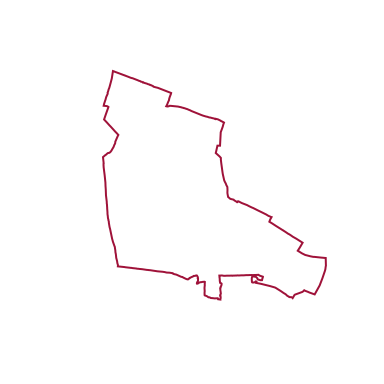 Cordareni, Botosani, Romania, rotated 157°
{"feature_id": "2599482B43153830324809", "entity_name": "Cordareni", "entity_type": "district", "adm_level": 2, "iso_a3": "ROU", "parent_name": "Romania", "parent_adm1": "Botosani", "projection": "mercator", "projection_center": [26.59, 47.999], "detail": "fine", "context": "isolated", "style": "outline", "palette": "rose", "viewbox_px": 384, "rotation_deg": 157, "n_neighbors": 0, "source": "geoboundaries", "source_scale": "gbopen_adm2", "svg_char_len": 5917}
<svg xmlns="http://www.w3.org/2000/svg" viewBox="0 0 384 384"><g transform="rotate(157 192 192)"><path d="M239.6,305.9L237.4,304.7L236.3,303.9L235.7,302.9L241.2,296.9L244.6,293.1L243.2,289.3L241.9,285.5L241.3,284.0L239.8,279.7L239.2,277.9L238.3,275.6L237.5,273.3L238.4,272.6L242.7,268.5L243.0,268.2L243.6,267.0L244.3,266.3L244.9,265.9L246.6,264.1L248.1,263.0L249.3,262.1L249.9,261.6L251.5,260.7L252.1,260.5L253.1,260.4L254.0,260.7L255.1,260.5L256.3,260.0L257.5,259.8L259.0,259.3L260.3,258.9L261.5,254.9L262.0,253.3L262.2,252.7L262.4,252.6L262.8,251.6L263.1,250.9L263.2,250.5L263.6,249.5L265.9,241.4L268.0,234.6L269.3,231.2L270.4,228.0L272.5,222.5L273.8,218.0L274.3,216.3L274.9,214.8L275.1,213.9L276.1,211.1L276.3,210.4L276.7,209.6L276.8,209.1L277.8,206.2L278.3,205.0L278.7,203.7L278.9,202.7L279.2,202.0L279.7,200.1L279.7,199.4L280.0,198.6L280.1,197.4L280.6,196.0L281.6,191.8L281.8,190.2L283.8,180.2L284.0,178.6L284.2,177.3L284.5,172.7L284.5,171.6L284.9,170.3L285.4,168.2L286.0,166.5L286.4,164.5L286.7,163.5L287.5,160.9L287.7,159.4L288.0,157.5L288.5,155.7L288.7,153.8L289.0,153.0L289.3,152.5L283.5,149.3L282.6,148.7L278.0,146.1L277.4,145.8L276.5,145.2L273.1,143.3L272.5,142.8L271.6,142.4L270.6,141.8L268.0,140.4L266.2,139.3L263.6,137.7L262.9,137.4L262.0,136.8L261.5,136.6L260.8,136.2L260.0,135.7L254.8,132.5L250.3,130.1L248.5,129.0L246.9,127.8L244.4,126.6L243.4,126.0L241.9,125.0L241.6,124.9L241.4,124.7L241.4,124.3L241.3,124.1L240.4,123.3L238.6,122.0L236.7,119.9L235.2,118.3L234.9,118.0L234.0,117.5L233.4,116.5L232.6,115.7L231.9,114.8L230.9,113.8L230.4,113.6L230.1,113.2L229.9,113.1L228.5,113.4L228.3,113.6L227.9,113.8L227.6,113.6L227.0,113.8L226.5,113.8L225.8,113.9L224.4,113.8L223.3,114.1L222.8,113.9L221.9,113.6L220.8,113.6L220.2,113.3L220.1,113.2L219.9,111.3L220.4,110.4L220.2,110.2L220.4,109.6L220.8,108.8L221.2,107.9L221.5,107.6L222.4,107.0L222.9,106.5L223.3,105.8L223.3,105.7L223.2,105.6L222.4,105.5L221.9,105.5L220.8,105.8L220.2,105.8L219.5,105.6L219.2,105.6L218.8,105.4L217.7,105.2L215.7,104.6L215.3,104.2L216.4,102.0L216.6,101.3L216.9,100.8L217.0,100.6L217.5,99.7L218.0,98.8L219.1,95.7L219.8,94.4L220.5,92.7L220.7,92.1L220.7,91.9L219.2,90.5L218.6,89.7L218.1,88.8L217.8,88.5L217.0,88.2L216.8,88.0L216.4,87.4L216.0,87.0L214.4,86.2L212.7,85.2L210.0,84.2L209.7,83.9L209.9,83.1L207.9,81.9L207.7,82.4L207.1,83.1L206.8,83.8L206.4,85.1L206.7,85.3L206.7,85.5L206.3,86.2L205.4,86.9L205.2,87.1L205.1,87.5L204.8,88.4L204.1,91.1L203.8,91.6L203.8,92.1L203.7,92.3L203.3,92.8L203.0,92.8L202.9,92.9L202.8,93.2L202.7,93.5L201.9,94.1L201.7,94.3L201.2,94.9L200.6,95.9L200.6,96.2L200.8,96.6L201.6,97.3L201.6,97.6L201.4,98.1L201.2,99.2L200.3,101.6L200.1,102.5L199.9,103.1L199.7,103.2L199.6,103.9L199.6,104.2L199.5,104.4L199.1,104.2L197.1,103.5L195.4,102.4L194.2,101.9L192.4,101.3L190.8,100.6L187.8,99.4L187.7,99.2L187.2,99.1L185.1,98.3L183.7,97.7L183.1,97.6L181.1,96.7L179.1,96.0L177.0,95.1L174.9,94.4L170.9,92.8L169.6,92.3L168.8,91.9L164.4,90.2L163.3,89.9L162.8,89.2L162.2,88.4L159.8,86.3L159.8,86.2L161.2,84.6L162.0,83.5L163.3,84.0L165.4,85.6L165.6,85.9L165.6,87.1L166.1,88.5L166.3,88.9L166.9,89.3L167.3,89.8L167.6,89.7L167.9,89.8L168.2,90.1L169.1,90.7L169.3,90.7L169.6,90.6L170.3,89.8L170.6,89.4L171.3,87.8L171.5,87.2L172.0,85.7L171.9,85.3L171.7,85.1L171.2,84.8L170.1,84.5L169.2,84.4L168.8,84.5L168.6,84.7L168.3,84.8L168.1,84.8L167.7,84.3L168.5,83.3L164.5,80.6L156.9,74.9L153.1,71.8L152.6,71.3L150.0,67.6L148.9,66.0L147.0,63.0L146.3,62.1L145.7,61.2L144.8,59.1L144.0,58.2L143.7,57.8L143.6,57.4L142.9,56.9L141.8,56.5L141.1,55.8L140.8,55.0L139.7,55.8L138.0,57.1L137.3,57.3L129.4,56.9L128.2,57.2L127.1,57.7L126.4,56.8L124.3,54.8L123.1,53.5L119.1,49.8L111.0,56.1L108.3,58.9L105.7,61.6L100.6,67.3L99.4,68.8L98.5,70.4L97.4,72.1L97.0,73.2L94.7,79.0L99.0,81.3L104.6,84.4L105.7,84.9L108.2,86.6L111.7,89.3L112.3,89.7L114.7,92.5L117.6,96.6L114.0,99.1L110.0,102.1L114.2,108.2L116.8,111.6L117.5,112.8L119.0,115.1L119.6,115.7L121.8,119.1L128.2,128.3L130.6,131.9L132.4,134.4L130.8,136.1L129.9,136.8L129.2,137.3L128.6,137.8L129.1,138.2L129.6,138.8L131.0,140.2L132.4,142.2L135.3,145.6L138.7,149.5L142.0,153.4L143.1,154.5L145.3,157.0L146.3,158.3L150.5,162.4L152.4,164.7L152.9,165.3L153.5,165.5L153.9,165.2L154.2,164.9L154.5,165.0L154.7,165.5L155.1,166.1L156.3,167.7L156.6,168.4L156.7,168.7L157.1,169.0L159.0,170.4L159.4,170.8L159.7,171.2L160.3,172.6L160.5,173.0L160.7,173.3L160.0,176.5L159.7,177.5L158.5,180.1L157.5,182.8L157.7,185.0L157.6,186.1L157.7,187.9L157.8,188.4L157.8,190.2L156.7,196.2L156.4,197.5L153.8,207.1L152.8,210.5L152.1,212.1L152.7,213.9L154.9,218.6L154.0,219.8L150.5,224.7L148.1,223.7L142.2,235.8L140.7,237.4L138.2,240.1L136.8,241.9L135.4,243.4L135.9,244.1L136.3,244.5L136.9,245.3L137.5,245.9L137.8,246.3L137.8,246.5L138.6,247.4L139.7,248.7L141.7,250.2L141.9,250.0L142.0,250.1L142.5,250.4L143.0,251.1L143.9,251.7L144.2,251.9L146.1,253.4L146.7,253.7L147.6,254.4L148.3,255.1L149.6,256.0L151.9,257.9L153.1,259.0L157.2,263.1L160.3,266.2L161.1,267.0L161.5,267.6L163.2,269.3L163.8,270.0L165.0,271.0L166.3,272.2L167.0,272.6L167.3,273.0L168.2,273.6L168.7,274.1L171.5,276.1L177.7,279.5L178.7,280.0L179.2,280.1L179.9,280.0L180.8,280.2L181.4,280.4L182.2,281.0L180.6,282.3L179.0,284.0L178.1,284.8L177.5,285.3L177.1,285.8L176.8,286.4L176.5,286.8L175.4,288.1L172.9,290.7L172.5,291.3L174.9,293.6L178.8,297.4L182.7,301.2L184.7,302.7L186.3,304.0L186.3,304.3L186.5,304.7L186.8,305.0L187.2,305.5L188.0,306.2L188.2,306.7L189.0,307.1L189.2,307.6L189.7,307.9L190.7,308.8L191.1,309.3L193.2,311.0L193.8,311.6L194.2,311.8L194.1,312.1L194.3,312.2L194.7,312.5L195.2,313.1L196.0,313.6L196.4,314.3L197.5,315.2L198.2,316.0L201.5,319.2L202.3,320.0L203.1,320.5L204.2,321.5L205.9,323.2L217.5,334.2L221.5,327.8L224.2,324.3L226.8,321.0L227.8,319.8L228.5,319.2L230.0,317.3L230.9,316.4L231.0,315.8L231.3,315.3L233.7,313.1L234.7,311.9L235.5,310.8L236.4,309.9L237.3,308.8L238.4,307.6L239.1,306.6L239.6,305.9Z" fill="none" stroke="#9f1239" stroke-width="2"/></g></svg>